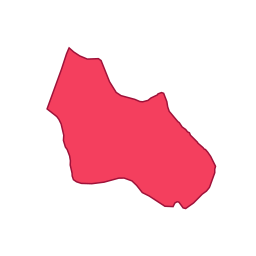 outline of San José Ojetenam, San Marcos, Guatemala, rotated 341°
{"feature_id": "79465075B2462316079287", "entity_name": "San José Ojetenam", "entity_type": "district", "adm_level": 2, "iso_a3": "GTM", "parent_name": "Guatemala", "parent_adm1": "San Marcos", "projection": "natural_earth1", "projection_center": [-91.954, 15.237], "detail": "fine", "context": "isolated", "style": "filled", "palette": "rose", "viewbox_px": 256, "rotation_deg": 341, "n_neighbors": 0, "source": "geoboundaries", "source_scale": "gbopen_adm2", "svg_char_len": 1078}
<svg xmlns="http://www.w3.org/2000/svg" viewBox="0 0 256 256"><g transform="rotate(341 128 128)"><path d="M98.4,33.1L97.5,34.0L94.0,37.9L84.4,50.6L57.7,83.6L59.3,86.1L64.4,94.0L65.5,97.5L66.1,102.4L64.9,114.0L62.9,118.7L62.6,125.6L63.5,128.6L63.7,135.4L62.9,140.2L61.3,144.2L60.4,152.5L59.6,155.2L59.6,159.1L61.8,162.1L65.9,165.2L75.7,168.9L87.7,171.4L103.0,172.4L108.1,174.1L114.5,179.3L117.5,185.1L120.5,193.7L125.8,199.1L137.4,214.0L145.0,217.0L147.9,214.2L150.4,213.7L152.0,214.7L154.1,221.5L156.3,222.9L165.6,220.2L176.7,214.7L181.6,213.2L185.5,210.8L186.8,209.3L195.5,198.5L196.6,195.2L198.3,192.7L196.9,181.8L195.5,176.8L194.2,173.5L193.3,173.0L192.5,170.9L189.2,165.2L189.0,164.0L184.7,155.2L184.5,152.5L183.0,151.0L182.1,148.3L179.5,144.6L178.2,139.6L177.2,138.2L172.4,125.7L172.4,121.0L173.3,115.7L173.0,106.8L171.2,105.4L167.5,105.5L166.3,106.3L159.4,107.1L156.0,108.4L150.4,108.0L147.8,106.8L143.7,103.1L131.9,95.1L128.4,90.5L125.6,78.3L124.5,55.5L122.6,52.8L112.0,49.6L105.8,44.1L101.4,38.4L98.4,33.1Z" fill="#f43f5e" stroke="#9f1239" stroke-width="1.5"/></g></svg>